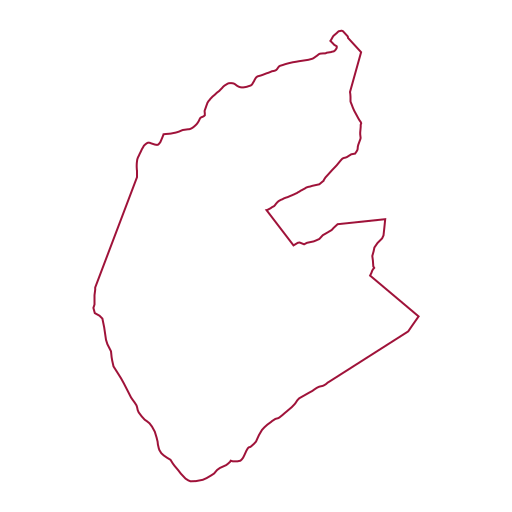 outline of Balca, Choiseul, Saint Lucia
{"feature_id": "8701671B30970661206572", "entity_name": "Balca", "entity_type": "district", "adm_level": 2, "iso_a3": "LCA", "parent_name": "Saint Lucia", "parent_adm1": "Choiseul", "projection": "albers", "projection_center": [-61.023, 13.772], "detail": "fine", "context": "isolated", "style": "outline", "palette": "rose", "viewbox_px": 512, "rotation_deg": 0, "n_neighbors": 0, "source": "geoboundaries", "source_scale": "gbopen_adm2", "svg_char_len": 5047}
<svg xmlns="http://www.w3.org/2000/svg" viewBox="0 0 512 512"><path d="M347.8,36.5L344.7,33.1L343.3,31.6L342.8,31.1L341.5,30.7L340.6,30.9L339.6,31.1L338.6,31.3L337.6,32.2L336.6,33.2L335.5,34.1L334.6,34.9L333.5,35.8L332.7,37.0L331.7,38.8L331.2,39.7L330.4,40.9L332.9,43.4L334.2,44.8L335.0,45.3L335.8,45.7L336.7,46.3L336.8,47.1L336.6,48.1L336.3,48.7L335.4,50.0L334.7,50.7L333.9,51.3L332.8,51.6L332.0,51.7L331.0,52.1L329.5,52.3L326.8,52.7L325.6,53.3L324.4,53.4L323.0,53.4L322.1,53.5L320.6,53.6L319.4,53.9L318.6,54.4L317.0,55.7L315.7,56.6L314.6,57.4L313.1,58.4L312.1,58.8L311.0,59.1L308.4,59.8L305.8,60.2L301.8,60.8L299.1,61.2L296.4,61.7L293.9,62.1L293.1,62.2L290.9,62.7L288.8,63.2L286.5,63.8L284.8,64.3L282.8,65.0L282.1,65.2L280.1,65.8L279.3,66.2L278.3,67.3L277.9,67.9L277.0,69.2L276.2,70.0L275.0,70.6L273.6,71.0L272.1,71.2L269.8,72.2L268.3,72.8L266.6,73.3L265.1,73.9L262.8,74.8L260.8,75.5L259.3,75.9L257.5,76.4L256.2,77.4L255.6,78.2L254.7,79.7L254.1,81.0L253.3,82.3L252.6,83.5L252.0,84.5L250.9,85.4L250.1,85.7L247.9,86.4L247.1,86.7L245.8,87.0L243.3,87.4L241.6,87.4L240.3,87.2L239.0,86.8L238.0,86.3L237.1,85.8L235.9,84.9L235.0,84.2L233.7,83.5L232.1,83.2L230.9,83.1L230.2,83.1L228.5,83.3L227.6,83.7L225.8,84.8L224.5,85.6L223.2,86.7L222.1,88.0L221.1,89.0L220.3,89.8L219.3,90.9L218.5,91.5L217.0,92.6L214.7,94.8L212.5,96.6L211.5,97.7L210.4,98.8L209.7,99.8L208.6,101.0L207.5,102.7L206.9,104.4L206.4,105.7L205.9,107.2L205.4,108.6L204.7,110.5L204.6,111.4L204.7,112.3L204.8,113.3L204.8,115.3L203.8,116.2L202.4,116.9L201.4,117.2L200.3,118.0L199.5,119.4L199.2,120.2L198.5,121.5L197.6,122.9L196.7,124.1L195.6,125.2L194.4,126.3L193.3,127.2L192.3,127.9L190.6,128.8L189.4,129.2L187.8,129.3L186.4,129.5L185.0,129.7L182.8,130.0L181.5,130.5L180.6,130.9L179.0,131.6L177.1,132.2L175.3,132.7L174.1,132.9L172.2,133.3L170.7,133.6L168.6,133.8L167.1,133.9L164.8,134.1L163.5,134.3L163.4,134.8L162.2,137.8L161.0,140.6L160.3,142.2L159.1,143.7L158.2,144.6L157.0,144.9L155.0,144.6L151.0,143.3L149.8,142.8L148.9,142.7L148.0,142.7L146.7,143.3L145.3,144.4L143.9,145.7L143.1,147.2L141.9,149.2L140.8,151.6L139.7,153.8L138.7,156.0L138.0,157.3L137.3,159.3L137.1,160.5L136.9,162.2L136.8,163.0L136.7,165.1L136.7,166.8L136.8,169.0L136.9,170.2L137.0,170.6L137.0,177.2L95.2,287.5L95.2,289.7L94.5,295.2L94.5,304.5L93.4,307.9L94.8,313.1L99.5,315.7L102.4,318.6L104.2,327.5L106.0,339.8L107.4,344.2L111.0,351.3L111.6,357.1L112.2,360.6L113.5,366.4L118.4,374.1L121.2,378.6L123.8,383.3L127.5,390.5L131.0,397.4L132.5,399.6L134.7,402.6L136.5,405.4L137.1,407.3L137.7,410.1L138.7,412.4L141.7,416.4L144.7,419.7L146.9,421.2L149.5,423.3L152.0,426.6L154.8,431.7L156.6,437.6L157.6,441.7L157.9,444.5L158.8,448.4L159.4,450.1L161.3,453.2L163.7,455.4L167.0,457.7L170.5,459.8L172.8,463.5L174.5,465.8L178.3,470.3L180.8,473.6L185.5,478.6L188.3,480.4L190.5,481.3L196.0,481.1L202.8,479.8L206.6,478.1L211.2,475.4L214.1,473.5L215.7,471.6L216.3,470.9L217.2,469.9L220.0,467.9L226.2,465.1L228.0,463.7L230.2,461.7L230.7,460.7L232.7,461.3L235.1,461.3L237.6,461.3L240.4,460.7L241.8,459.4L243.1,457.7L244.3,455.3L246.4,450.7L247.8,448.3L248.7,447.4L250.4,446.9L251.3,446.2L253.9,443.9L256.0,441.6L257.3,438.7L259.0,435.0L262.0,429.9L264.4,427.3L267.4,424.6L271.0,422.0L272.0,421.1L275.4,418.9L278.4,418.1L279.5,417.4L282.4,415.1L284.8,413.0L287.1,411.1L288.0,410.3L291.7,407.2L294.5,404.3L295.4,403.2L297.3,400.3L299.2,398.3L302.0,396.7L308.7,392.9L312.4,390.9L314.0,389.7L316.7,387.9L318.7,386.9L319.9,386.5L322.7,385.9L324.2,385.2L326.0,384.1L327.7,382.6L329.2,381.7L408.2,331.4L412.1,325.7L418.6,316.4L370.1,275.6L371.4,272.9L372.2,270.7L373.0,269.3L374.2,267.9L373.3,266.4L372.9,260.6L372.3,256.0L373.6,251.3L374.4,247.5L377.5,243.0L382.1,238.4L383.5,235.4L384.2,229.1L384.6,225.2L385.2,219.2L337.6,224.2L333.7,227.8L331.7,230.0L325.6,233.6L322.8,235.2L319.3,239.0L315.9,240.5L313.7,241.4L307.0,242.8L304.1,244.3L299.6,242.5L297.8,242.8L293.5,245.4L266.5,210.1L267.4,209.9L268.0,209.6L269.7,208.7L270.5,208.3L271.6,207.5L272.3,207.0L273.4,206.5L274.1,206.1L274.6,205.6L275.1,205.0L275.9,203.9L277.2,202.4L278.6,201.1L279.7,200.5L280.7,199.9L282.3,199.3L283.9,198.4L285.7,197.7L287.7,197.1L290.4,195.9L291.7,195.4L293.0,194.8L294.0,194.4L295.4,193.7L297.0,193.0L298.3,192.1L299.4,191.6L300.5,190.8L301.4,190.3L301.9,190.1L303.3,189.3L304.7,188.6L306.0,187.7L307.2,187.2L308.6,186.8L309.9,186.6L312.4,185.8L319.3,184.3L322.9,181.3L323.5,180.9L323.9,179.9L324.7,178.6L325.5,177.4L327.7,175.0L332.0,170.2L336.7,165.3L340.3,160.9L341.8,159.2L342.6,158.5L344.0,157.9L345.1,157.7L346.3,157.3L347.2,156.9L348.7,155.9L350.2,155.0L351.2,154.3L355.1,153.6L355.9,152.4L356.6,151.4L357.5,149.7L357.7,148.3L357.8,146.7L358.3,144.7L360.5,138.7L360.6,137.6L360.4,136.1L360.2,134.3L360.2,132.4L360.4,130.2L360.7,126.9L360.7,124.8L361.2,123.2L360.6,121.8L359.6,120.5L358.3,118.3L356.8,115.5L355.6,113.3L354.4,111.1L353.6,109.4L352.7,107.3L352.2,105.9L351.5,104.1L350.8,102.4L350.5,101.4L350.5,99.9L350.5,98.0L350.5,97.0L350.4,95.3L350.3,94.0L350.0,92.0L361.1,52.2L348.0,37.9L347.8,36.5Z" fill="none" stroke="#9f1239" stroke-width="2"/></svg>